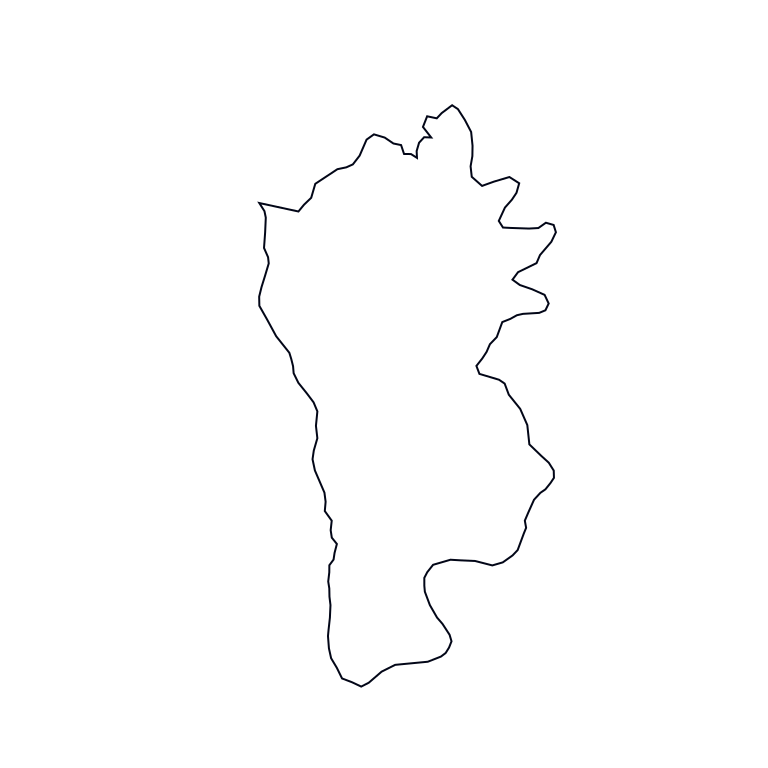 outline of Foz do Jordão, Paraná, Brazil, rotated 301°
{"feature_id": "56859067B25360435846322", "entity_name": "Foz do Jordão", "entity_type": "district", "adm_level": 2, "iso_a3": "BRA", "parent_name": "Brazil", "parent_adm1": "Paraná", "projection": "robinson", "projection_center": [-52.087, -25.692], "detail": "fine", "context": "isolated", "style": "outline", "palette": "ink", "viewbox_px": 768, "rotation_deg": 301, "n_neighbors": 0, "source": "geoboundaries", "source_scale": "gbopen_adm2", "svg_char_len": 2098}
<svg xmlns="http://www.w3.org/2000/svg" viewBox="0 0 768 768"><g transform="rotate(301 384 384)"><path d="M110.0,499.7L111.9,510.3L112.9,520.3L120.1,524.8L136.2,530.1L149.0,538.2L168.5,564.6L179.7,573.2L185.2,575.4L191.6,575.5L198.2,574.4L202.8,569.4L208.5,557.7L211.1,549.8L218.1,537.2L227.0,526.0L231.8,522.5L238.6,518.4L245.0,518.0L254.3,519.2L267.6,531.5L272.1,540.1L279.2,553.2L284.3,570.3L292.3,577.7L303.3,582.5L310.5,584.1L328.1,580.8L333.9,579.9L339.4,575.1L348.0,573.9L362.1,572.2L371.3,574.1L376.8,576.6L384.8,577.7L391.1,578.0L397.2,574.1L401.4,565.8L403.4,555.8L407.1,539.7L422.6,528.0L432.8,513.6L439.1,496.5L446.5,487.2L446.9,480.4L441.8,460.6L447.1,453.9L456.5,455.1L464.4,455.4L472.7,454.3L482.3,456.5L498.0,453.5L504.8,458.7L511.4,462.5L515.7,467.0L524.9,480.4L530.3,484.4L537.8,483.7L543.1,475.8L541.5,462.2L538.8,449.4L539.6,440.4L548.9,441.3L566.2,452.5L574.9,451.3L592.1,454.2L602.6,453.2L607.7,447.5L605.6,439.7L597.2,436.0L591.9,428.2L582.9,412.0L579.4,405.4L582.9,398.4L597.5,396.8L607.8,398.7L616.1,399.1L625.7,396.5L626.0,384.9L614.2,374.1L604.3,366.0L606.8,352.5L615.2,346.1L624.8,342.4L633.8,337.2L644.9,328.9L652.0,317.3L657.7,305.8L658.0,298.8L645.9,293.9L638.9,292.4L635.7,283.1L624.4,285.0L619.6,297.5L616.2,291.3L608.9,289.8L600.5,292.0L594.8,295.8L595.0,288.7L591.5,282.7L597.6,275.6L595.0,268.2L595.6,257.7L592.8,246.8L584.5,243.2L567.2,245.5L556.2,244.2L550.3,240.1L544.1,233.4L520.2,222.0L506.1,225.7L496.5,223.1L487.8,221.8L474.9,183.9L470.6,192.5L465.7,197.0L452.6,204.1L438.8,211.1L433.0,219.3L428.0,223.1L415.5,226.3L404.0,229.1L394.6,232.0L386.8,236.9L379.0,250.7L369.4,267.0L362.0,286.8L357.6,291.7L352.4,296.9L346.7,301.0L340.9,310.0L336.1,323.0L332.0,333.1L326.2,341.0L313.1,347.2L303.2,354.8L290.8,358.1L282.7,361.5L274.3,369.3L260.2,388.9L253.0,394.6L244.6,398.7L239.9,409.6L231.2,413.6L225.4,418.4L222.6,426.0L213.8,428.6L207.5,431.2L200.5,430.5L194.4,434.1L186.0,437.9L180.6,442.4L173.6,446.8L166.9,452.0L155.8,458.0L144.5,463.2L139.1,465.8L129.1,472.9L121.7,479.9L116.4,489.8L110.0,499.7Z" fill="none" stroke="#020617" stroke-width="2"/></g></svg>